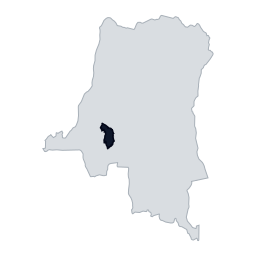 Idiofa, Bandundu, Democratic Republic of the Congo shown in context
{"feature_id": "63176286B53815785774290", "entity_name": "Idiofa", "entity_type": "district", "adm_level": 2, "iso_a3": "COD", "parent_name": "Democratic Republic of the Congo", "parent_adm1": "Bandundu", "projection": "equal_earth", "projection_center": [19.504, -4.707], "detail": "fine", "context": "in_parent", "style": "filled", "palette": "ink", "viewbox_px": 256, "rotation_deg": 0, "n_neighbors": 0, "source": "geoboundaries", "source_scale": "gbopen_adm2", "svg_char_len": 7085}
<svg xmlns="http://www.w3.org/2000/svg" viewBox="0 0 256 256"><path d="M208.0,177.9L191.5,181.4L191.8,182.6L191.6,183.9L191.2,185.0L189.5,187.7L187.0,190.2L187.0,190.8L188.2,193.6L189.0,197.5L188.7,204.2L189.0,206.1L188.9,207.5L188.1,209.1L186.3,217.2L187.4,221.1L190.6,224.8L192.5,227.5L195.7,228.5L196.2,228.3L196.4,226.1L199.0,225.2L198.8,239.6L198.6,240.5L198.1,240.6L197.5,240.2L197.3,238.8L196.6,238.2L193.5,240.0L192.7,239.9L191.9,239.6L191.2,238.9L191.1,237.8L188.9,233.6L187.8,233.3L186.7,229.5L181.8,226.7L179.9,226.5L178.9,225.7L178.0,222.7L176.4,220.8L176.0,218.6L175.7,218.3L174.7,218.8L173.8,222.1L172.7,222.9L170.7,223.0L165.6,222.0L162.0,220.3L161.1,220.4L159.7,218.9L159.1,216.3L159.4,214.3L159.2,214.0L153.7,215.6L152.3,216.7L151.1,216.4L150.7,215.9L151.3,214.5L151.0,213.0L150.6,212.3L149.0,211.7L148.5,210.1L147.5,209.9L147.1,210.1L146.9,211.2L146.3,211.6L143.0,211.1L139.6,212.5L135.0,212.1L132.8,213.8L132.5,213.7L132.0,212.9L131.6,210.1L131.8,209.4L132.5,208.9L132.8,207.7L132.6,204.9L132.7,204.2L132.5,202.6L131.8,200.0L130.9,197.8L128.8,194.6L128.4,193.1L128.6,189.5L129.3,183.9L129.2,179.6L128.4,176.9L128.2,173.9L128.7,168.6L128.2,167.3L117.7,166.9L117.3,166.5L117.1,165.7L117.6,162.6L111.2,163.4L109.3,164.0L108.1,165.3L107.7,166.9L107.7,169.2L106.7,171.4L106.5,175.1L104.7,175.6L102.9,175.6L99.5,174.8L96.2,175.8L94.6,176.8L93.7,176.4L90.8,176.7L90.4,176.5L87.0,169.1L85.5,166.6L85.2,165.4L85.3,164.3L84.9,162.8L83.3,159.0L83.0,157.2L83.1,154.4L82.9,153.5L81.4,151.1L80.5,150.3L79.5,149.9L62.4,150.3L56.7,149.8L52.6,150.1L50.5,149.9L49.9,149.6L48.0,150.1L47.0,151.1L45.6,151.6L44.6,151.4L42.9,148.6L45.3,148.2L45.4,147.9L45.6,141.3L45.0,140.4L46.2,139.3L48.3,136.4L50.3,135.3L50.6,134.7L51.0,134.8L51.8,136.0L53.5,137.6L55.7,136.2L56.0,135.8L56.2,133.0L56.8,132.7L57.7,133.3L58.2,133.3L59.2,132.5L61.9,131.1L62.8,132.9L62.0,134.5L62.4,135.7L62.4,137.5L62.9,137.9L65.1,138.1L65.7,137.7L70.1,131.2L71.2,130.4L73.0,127.9L75.5,126.7L76.5,124.7L77.9,121.0L78.5,115.8L78.3,106.8L78.5,105.6L81.4,101.5L84.4,94.1L86.5,92.1L88.0,91.4L90.4,88.7L92.2,85.9L92.0,82.7L92.4,79.9L93.5,76.5L93.8,72.8L93.4,69.0L93.6,65.8L95.0,60.8L95.1,55.1L96.4,50.2L98.9,44.1L100.0,39.5L99.8,35.0L100.1,31.7L100.0,29.7L99.5,28.0L99.8,27.0L100.7,26.5L101.9,24.8L104.0,20.4L106.3,18.3L107.9,17.6L109.5,17.7L110.6,18.0L112.4,19.8L114.4,21.2L115.9,22.9L117.3,25.6L120.9,26.2L122.4,27.1L123.3,27.5L123.7,27.3L124.4,27.4L126.1,28.2L127.4,27.8L134.0,29.5L134.7,28.6L136.6,24.0L137.9,22.4L140.2,22.3L141.9,23.2L142.8,23.2L150.9,19.2L151.9,19.0L154.9,20.0L156.8,19.3L157.6,19.5L159.2,18.8L160.5,16.0L161.6,15.4L173.2,18.4L175.0,16.9L175.8,16.7L178.4,17.8L179.2,19.5L180.8,21.0L181.9,23.4L183.6,24.7L184.5,26.0L185.5,26.9L187.6,27.2L190.3,25.1L192.2,25.3L194.1,26.5L194.7,26.4L196.1,25.1L196.9,23.8L197.6,23.5L198.7,24.1L199.7,25.4L200.5,27.2L203.4,31.4L206.2,33.1L206.9,35.7L207.9,35.4L208.5,35.7L209.2,37.3L209.7,37.6L209.8,38.3L209.1,39.8L208.5,42.7L209.3,44.5L208.6,47.1L208.3,49.7L209.2,50.4L210.3,50.4L211.4,51.8L212.3,52.0L213.1,53.5L212.9,54.7L210.2,59.0L206.0,64.4L204.6,65.0L203.9,66.0L203.4,67.6L202.2,68.9L201.3,69.4L201.2,73.3L199.8,77.3L199.3,78.1L198.5,84.6L198.6,85.8L197.9,91.1L198.0,96.0L196.0,97.6L194.6,100.0L194.0,101.7L194.0,105.8L191.7,108.2L191.5,108.8L192.1,111.6L192.9,112.1L192.9,113.0L194.8,116.1L194.6,125.5L194.7,126.4L195.7,128.6L196.3,132.9L195.6,138.3L198.0,148.2L196.9,151.8L197.4,155.3L198.9,159.0L202.4,162.5L203.3,164.0L204.2,166.0L205.0,169.1L208.0,177.9Z" fill="#d9dde1" stroke="#a8b0b8" stroke-width="1"/><path d="M100.5,127.8L100.9,128.2L101.1,128.4L101.1,128.5L101.3,128.5L101.7,128.5L101.8,128.5L101.8,128.8L101.7,129.2L101.6,129.4L101.6,129.7L101.7,129.9L101.8,130.0L102.0,130.6L102.3,130.2L102.5,130.1L102.8,130.2L102.8,130.3L103.0,130.3L103.2,130.1L103.3,129.9L103.4,130.0L103.6,130.2L104.0,129.8L104.1,130.0L104.2,130.3L104.2,130.5L104.3,130.7L104.4,130.9L104.5,131.3L104.5,131.5L104.4,131.6L104.4,131.9L104.6,131.8L105.0,131.4L105.3,131.5L105.4,131.8L105.5,132.0L105.5,132.3L105.5,132.8L105.5,133.0L105.6,133.3L105.6,133.5L105.6,133.8L105.6,134.0L105.6,134.3L105.5,134.6L105.6,134.8L105.4,135.0L105.2,135.4L105.1,135.5L105.0,135.9L104.9,136.0L104.9,136.4L104.9,136.8L104.9,137.2L104.8,137.5L104.8,137.8L104.6,138.5L104.4,139.0L104.3,139.4L104.2,139.5L104.1,139.8L104.1,140.0L104.0,140.3L104.3,140.7L104.1,141.6L104.2,142.1L104.2,142.6L104.3,142.6L104.4,142.8L104.5,142.8L104.6,142.7L104.7,142.4L104.7,142.2L104.8,142.0L104.9,141.9L105.0,141.8L105.3,141.8L105.3,141.4L105.6,141.3L105.8,141.5L106.0,141.8L106.0,142.0L106.1,142.4L106.2,142.5L106.3,142.6L106.3,142.8L106.2,143.1L106.0,143.5L105.9,143.5L106.0,143.8L106.2,144.3L106.6,145.6L106.7,145.8L106.8,145.9L107.0,146.1L107.3,146.5L107.4,147.0L107.4,147.5L107.4,147.9L107.5,148.0L107.6,148.4L107.7,148.5L107.8,148.6L108.0,148.4L108.2,148.1L108.2,147.9L108.2,147.7L108.2,147.4L108.3,147.2L108.5,147.2L108.7,147.5L108.9,147.5L109.1,147.5L109.1,147.4L109.3,146.9L109.4,146.7L109.5,146.6L110.2,146.6L110.3,146.6L110.5,146.5L110.6,146.4L110.9,146.0L110.9,145.9L111.2,145.9L111.2,145.7L111.2,145.2L111.2,144.9L111.5,144.8L112.0,145.1L112.1,144.9L112.4,144.7L112.6,144.5L112.7,144.3L112.7,144.1L112.4,143.9L112.4,143.7L112.4,143.4L112.5,143.1L112.8,143.0L112.9,142.9L112.9,142.7L113.0,142.7L113.0,142.4L113.1,142.2L113.3,141.8L113.4,141.6L113.5,141.6L113.8,141.4L114.0,141.3L114.0,141.1L113.9,141.0L113.9,140.9L114.0,140.7L113.9,140.6L113.9,140.3L113.8,140.2L113.7,140.2L113.6,139.9L113.6,139.7L113.5,139.3L113.5,139.2L113.4,139.1L113.3,138.7L113.3,138.4L113.2,138.2L113.3,138.0L113.1,137.7L113.1,137.4L113.0,137.0L112.8,136.9L112.9,136.6L112.8,136.4L112.9,136.2L112.8,135.9L112.8,135.7L113.0,135.7L112.9,135.5L112.9,135.3L113.0,135.2L112.9,135.1L112.8,134.9L112.9,134.7L113.0,134.5L113.0,134.4L113.1,134.2L113.3,133.8L113.3,133.6L113.5,133.5L113.4,133.4L113.3,133.2L113.2,133.2L113.1,132.8L113.2,132.7L113.0,132.3L113.0,132.2L112.9,132.1L112.9,131.9L112.7,131.7L112.7,131.3L112.7,131.2L112.7,130.9L112.6,130.7L112.5,130.3L112.4,130.2L112.2,129.9L112.2,129.7L111.9,129.7L111.7,129.4L111.4,129.2L111.2,128.8L111.1,128.6L110.9,128.6L110.7,128.6L110.6,128.4L110.4,128.3L110.2,128.4L109.9,128.2L109.7,128.2L109.4,128.2L109.1,128.1L108.9,128.0L108.7,127.9L108.6,127.7L108.4,127.5L108.2,127.4L107.9,127.2L107.7,126.9L107.4,126.9L107.4,126.7L107.2,126.6L106.9,126.4L106.8,126.2L106.7,126.2L106.3,125.8L106.1,125.8L106.0,125.7L105.9,125.6L105.8,125.4L105.6,125.4L105.5,125.2L105.4,125.2L105.2,125.0L104.8,124.9L104.7,124.8L104.6,124.7L104.3,124.7L104.2,124.6L103.9,124.5L103.8,124.3L103.6,124.2L103.4,124.0L103.2,123.9L102.8,123.7L102.6,123.6L102.4,123.4L102.2,123.4L102.1,123.5L102.1,123.8L102.2,124.1L102.2,124.4L102.2,124.5L102.1,125.0L102.0,125.3L101.9,125.4L101.7,125.5L101.5,125.9L101.3,126.2L101.3,126.3L101.1,126.4L101.1,126.5L101.1,126.8L100.9,127.3L100.8,127.5L100.6,127.5L100.5,127.8ZM108.1,128.4L108.0,128.1L108.3,128.0L108.3,128.3L108.2,128.4L108.1,128.4ZM111.2,129.5L111.0,129.3L111.0,129.2L111.2,129.3L111.3,129.4L111.2,129.5L111.2,129.5Z" fill="#0f172a" stroke="#020617" stroke-width="1.5"/></svg>